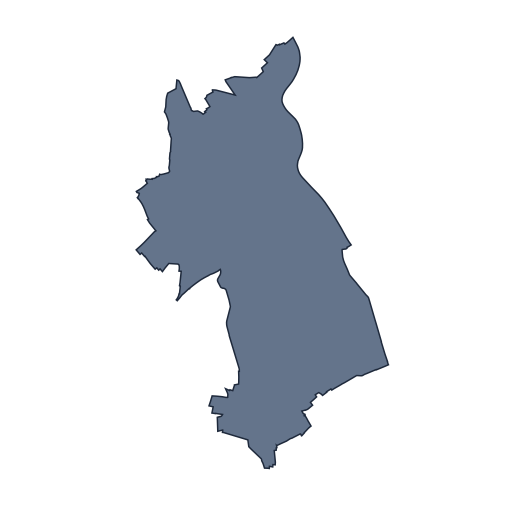 's-Hertogenbosch, Noord-Brabant, Netherlands, rotated 83°
{"feature_id": "6326949B79471926410122", "entity_name": "'s-Hertogenbosch", "entity_type": "district", "adm_level": 2, "iso_a3": "NLD", "parent_name": "Netherlands", "parent_adm1": "Noord-Brabant", "projection": "orthographic", "projection_center": [5.356, 51.715], "detail": "fine", "context": "isolated", "style": "filled", "palette": "slate", "viewbox_px": 512, "rotation_deg": 83, "n_neighbors": 0, "source": "geoboundaries", "source_scale": "gbopen_adm2", "svg_char_len": 5886}
<svg xmlns="http://www.w3.org/2000/svg" viewBox="0 0 512 512"><g transform="rotate(83 256 256)"><path d="M43.5,192.7L48.0,199.2L49.2,201.5L47.9,202.3L49.2,206.8L48.7,206.9L49.4,209.3L48.9,209.8L48.6,210.4L58.0,218.1L62.1,223.9L65.6,221.1L70.1,227.5L73.9,226.3L79.0,233.5L78.6,233.8L78.5,234.5L78.2,240.7L75.4,255.3L76.0,258.8L75.8,258.9L76.3,260.1L77.4,265.1L79.3,264.6L93.7,257.1L86.6,275.1L86.3,276.2L85.8,279.0L86.5,279.1L88.0,278.7L90.5,285.1L92.0,285.7L92.4,286.0L92.6,286.1L93.6,287.5L94.6,286.8L102.1,283.5L103.0,285.1L103.8,287.3L104.6,286.9L105.0,287.0L106.3,289.2L106.5,289.4L107.2,288.5L108.8,291.0L108.7,291.4L107.8,292.2L106.3,294.0L105.0,296.1L104.9,296.4L104.9,300.4L103.9,301.8L104.0,301.9L103.9,302.0L103.0,302.6L102.2,302.5L101.0,302.7L100.3,303.1L78.0,309.5L75.6,310.1L73.2,311.0L72.8,311.2L72.3,311.7L71.7,313.1L80.2,315.0L83.6,323.8L86.7,325.2L88.4,325.7L89.6,326.1L97.0,327.4L101.8,329.3L103.2,328.5L104.4,328.0L108.1,327.1L111.9,326.4L113.1,326.4L118.5,327.6L119.5,327.7L122.7,327.1L124.5,326.5L124.7,326.8L125.4,326.4L126.1,326.5L128.2,325.8L129.1,325.7L131.5,326.2L141.6,328.1L141.9,328.0L143.1,328.8L149.3,330.1L149.8,329.9L150.5,329.9L154.2,330.7L155.6,331.0L156.9,331.5L157.8,331.7L158.7,331.7L161.0,331.4L161.6,331.5L162.4,332.4L162.7,332.9L162.8,333.8L163.0,335.0L163.4,337.8L163.6,340.2L163.5,341.0L163.1,341.6L165.1,342.7L165.2,344.7L165.1,345.1L165.8,345.1L166.3,346.7L166.6,347.2L166.5,349.7L167.2,349.7L166.9,351.8L166.4,354.2L166.3,354.4L166.5,355.0L166.4,355.5L167.0,355.3L167.1,355.8L167.4,355.8L167.7,356.0L167.8,356.2L168.4,356.1L168.8,355.6L169.5,355.5L170.6,355.0L174.1,360.3L175.0,361.8L175.8,363.5L176.3,364.6L177.3,366.9L178.5,366.4L179.4,364.4L179.8,364.2L181.4,364.9L182.4,365.5L182.9,365.9L183.6,366.7L184.8,366.0L184.7,365.8L185.6,365.3L188.4,363.7L190.3,362.8L193.3,361.7L196.4,360.8L203.0,359.2L206.1,358.1L206.6,359.3L210.3,357.6L218.8,352.3L219.1,353.0L219.7,354.1L228.9,365.3L231.9,369.3L235.3,374.2L240.3,370.9L239.1,369.1L242.9,366.6L242.7,366.2L246.6,364.1L250.7,361.8L256.8,357.7L255.7,355.9L258.2,354.3L257.1,352.8L260.1,350.8L256.9,347.8L252.8,343.5L254.5,334.4L254.7,334.2L255.2,333.8L255.5,333.5L256.8,333.4L258.8,333.6L259.8,333.8L261.6,334.3L262.1,332.1L273.4,334.7L274.4,335.0L276.0,335.5L276.1,335.0L276.5,334.9L277.1,335.1L277.2,334.9L283.8,336.5L284.1,336.5L284.0,336.9L286.3,337.8L287.7,338.7L289.0,339.7L289.8,340.5L290.8,339.6L287.9,336.4L287.3,335.9L285.5,334.0L284.3,332.1L280.2,326.5L280.5,326.0L280.3,325.7L279.7,325.5L277.5,322.0L275.2,318.0L272.9,313.7L271.2,309.8L269.4,305.1L268.7,303.5L268.4,301.9L267.9,300.0L266.4,295.8L266.2,295.3L265.3,294.0L264.9,293.1L265.8,292.9L266.9,292.9L267.7,293.0L268.9,293.3L269.5,293.5L270.4,294.0L274.2,296.8L275.0,297.1L275.9,297.2L276.9,297.0L282.5,294.9L283.1,294.4L283.6,293.6L283.8,293.3L284.1,292.1L284.4,291.3L285.3,290.3L286.3,289.8L296.5,288.1L302.5,287.6L303.1,287.6L303.8,287.8L316.8,292.9L318.3,293.3L320.7,293.5L322.6,293.4L331.1,292.2L331.6,292.3L333.0,292.1L365.2,286.5L366.5,286.4L368.4,286.6L368.3,287.3L374.0,287.8L379.0,288.5L381.0,288.9L381.3,293.1L381.6,293.1L386.8,295.5L385.6,298.2L386.3,298.6L384.0,302.4L388.1,301.1L389.3,300.9L390.2,300.8L392.4,301.3L392.7,301.3L392.7,301.6L392.9,301.7L392.6,303.4L391.8,305.9L391.5,306.9L390.4,311.8L389.5,316.6L389.8,316.7L394.8,318.9L399.0,320.9L400.5,316.9L406.5,318.9L407.5,315.4L407.3,315.3L409.2,308.5L409.8,308.9L410.6,309.7L410.8,310.1L411.1,312.3L411.2,312.1L411.5,314.1L414.1,314.3L425.3,315.3L424.7,310.3L425.3,310.3L427.0,310.8L427.1,310.4L427.3,309.6L437.5,286.5L444.2,286.4L444.4,286.4L446.8,284.6L457.9,275.5L458.6,275.3L459.9,275.3L462.8,274.3L467.6,273.4L467.7,272.6L468.1,270.1L468.5,268.7L466.4,268.3L467.4,265.1L465.1,264.6L465.6,262.4L463.0,261.9L451.3,261.6L451.2,259.6L448.9,259.3L448.8,258.6L446.5,258.7L446.9,258.4L446.6,258.2L445.2,254.0L443.4,248.2L441.7,244.7L441.4,243.9L441.1,242.2L440.8,241.5L438.9,236.3L438.0,233.9L438.0,233.7L438.3,233.3L440.0,232.8L440.1,232.6L437.6,229.7L437.4,229.8L432.9,224.4L432.8,224.0L432.0,223.0L431.5,222.1L425.7,224.6L423.5,225.4L420.8,226.6L420.7,226.6L420.6,226.8L420.5,227.0L420.5,227.3L420.4,227.3L420.4,226.7L420.1,226.7L420.1,227.5L419.9,227.4L419.8,227.1L418.9,227.5L418.8,227.2L418.3,228.0L417.9,228.4L415.5,229.4L414.9,225.3L415.0,225.3L414.6,223.9L414.2,223.0L411.0,218.0L407.9,219.8L405.7,216.5L403.2,213.0L401.1,214.1L400.9,214.1L399.2,210.3L401.0,208.1L402.5,206.9L399.8,202.3L399.3,202.5L397.1,197.8L398.0,197.3L398.0,197.2L398.3,197.1L397.2,194.8L393.8,186.8L393.7,186.8L393.6,186.6L392.6,183.8L387.8,172.7L387.1,171.1L386.9,170.5L387.0,170.1L387.7,166.2L387.7,165.2L387.6,164.8L386.7,162.7L386.1,160.3L383.4,150.7L383.7,150.6L381.2,141.5L380.1,137.8L379.6,138.0L376.5,138.5L376.5,138.4L368.9,140.0L357.3,142.0L356.6,142.2L356.3,142.0L339.0,144.8L333.7,145.7L313.4,149.0L311.2,149.4L310.1,149.9L307.8,151.7L295.7,159.3L295.1,159.6L294.7,159.9L286.7,165.2L286.0,165.5L280.0,167.1L274.2,168.9L271.4,169.6L267.7,170.1L260.8,169.9L260.0,169.6L260.0,167.9L259.9,167.2L260.0,166.2L259.9,165.7L259.6,165.2L259.2,164.6L258.4,164.5L258.3,163.8L256.6,160.2L252.9,162.2L248.7,164.1L238.2,168.3L225.6,173.8L218.0,177.5L211.0,181.1L206.8,183.6L202.6,186.4L194.2,192.8L183.7,200.4L181.6,201.7L179.5,202.7L177.4,203.4L175.3,203.8L173.2,204.0L171.1,203.9L169.0,203.4L166.9,202.8L164.8,201.7L160.6,199.3L158.5,198.2L156.4,197.3L154.3,196.7L152.2,196.4L150.1,196.1L145.9,195.9L141.7,196.0L139.6,196.2L135.5,196.8L131.3,197.6L129.2,198.2L127.1,199.1L125.0,200.2L122.9,201.8L116.6,206.8L114.5,208.2L112.4,209.3L110.3,210.2L108.2,210.9L106.1,211.3L104.0,211.2L101.9,210.7L99.8,209.9L97.7,208.6L95.6,207.1L93.5,205.2L89.3,200.9L87.2,198.9L85.1,197.2L80.9,194.2L76.7,191.8L72.5,190.0L70.4,189.3L68.3,188.7L66.2,188.3L64.1,188.0L59.9,188.0L57.8,188.1L55.7,188.5L53.6,189.0L49.4,190.5L43.5,192.7Z" fill="#64748b" stroke="#1e293b" stroke-width="1.5"/></g></svg>